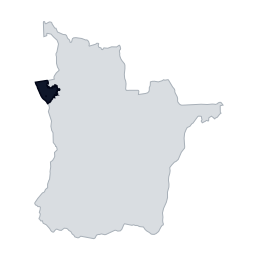 location of Moba, Katanga, Democratic Republic of the Congo, rotated 178°
{"feature_id": "63176286B25314267977171", "entity_name": "Moba", "entity_type": "district", "adm_level": 2, "iso_a3": "COD", "parent_name": "Democratic Republic of the Congo", "parent_adm1": "Katanga", "projection": "natural_earth1", "projection_center": [29.107, -7.404], "detail": "fine", "context": "in_parent", "style": "filled", "palette": "ink", "viewbox_px": 256, "rotation_deg": 178, "n_neighbors": 0, "source": "geoboundaries", "source_scale": "gbopen_adm2", "svg_char_len": 6890}
<svg xmlns="http://www.w3.org/2000/svg" viewBox="0 0 256 256"><g transform="rotate(178 128 128)"><path d="M218.5,176.0L199.9,179.4L200.3,180.6L200.1,181.9L199.6,182.9L197.7,185.6L194.9,188.0L194.9,188.6L196.3,191.3L197.2,195.1L197.0,201.7L197.4,203.5L197.3,204.9L196.4,206.4L194.5,214.4L195.8,218.2L199.4,221.8L201.6,224.5L205.2,225.4L205.8,225.3L206.0,223.1L208.9,222.2L208.9,236.4L208.7,237.2L208.2,237.4L207.5,236.9L207.2,235.5L206.5,235.0L203.0,236.7L202.1,236.7L201.1,236.4L200.4,235.6L200.2,234.6L197.7,230.4L196.5,230.2L195.1,226.4L189.5,223.7L187.4,223.5L186.3,222.7L185.2,219.7L183.3,217.9L182.9,215.8L182.5,215.5L181.4,215.9L180.4,219.2L179.2,220.0L176.9,220.1L171.2,219.1L167.1,217.4L166.0,217.5L164.4,216.0L163.7,213.4L164.1,211.5L163.8,211.2L157.6,212.8L156.1,213.8L154.7,213.6L154.3,213.1L154.9,211.7L154.5,210.2L154.1,209.6L152.2,209.0L151.7,207.5L150.5,207.2L150.2,207.5L149.9,208.5L149.2,208.9L145.5,208.4L141.6,209.7L136.5,209.4L134.0,211.0L133.7,211.0L133.1,210.1L132.6,207.5L132.9,206.7L133.6,206.2L133.9,205.1L133.6,202.3L133.8,201.7L133.6,200.1L132.8,197.5L131.7,195.5L129.3,192.3L128.9,190.9L129.0,187.4L129.8,181.8L129.6,177.7L128.7,175.0L128.4,172.2L129.0,167.0L128.4,165.7L116.6,165.3L116.1,164.9L115.9,164.2L116.4,161.1L109.3,161.9L107.1,162.5L105.8,163.8L105.4,165.3L105.3,167.6L104.3,169.7L104.0,173.3L102.0,173.8L100.0,173.8L96.1,173.0L92.4,174.0L90.6,175.0L89.6,174.5L86.3,174.9L85.9,174.6L82.0,167.5L80.2,165.1L79.9,163.9L80.0,162.8L79.6,161.3L77.8,157.6L77.4,155.9L77.5,153.2L77.3,152.3L75.7,150.0L74.6,149.3L73.4,148.9L54.1,149.2L47.8,148.7L43.1,149.0L40.8,148.8L40.1,148.5L38.0,149.0L36.9,150.0L35.2,150.5L34.2,150.3L32.2,147.6L34.9,147.1L35.1,146.9L35.2,140.5L34.5,139.6L36.0,138.5L38.3,135.7L40.6,134.7L40.9,134.1L41.4,134.2L42.2,135.3L44.2,136.9L46.6,135.5L46.9,135.1L47.2,132.4L47.8,132.2L48.9,132.8L49.4,132.8L50.5,132.0L53.6,130.6L54.6,132.4L53.7,133.9L54.1,135.1L54.2,136.8L54.7,137.2L57.2,137.4L57.9,137.0L62.8,130.7L64.1,130.0L66.1,127.5L68.8,126.4L70.0,124.4L71.6,120.9L72.3,115.8L72.0,107.1L72.2,105.9L75.5,102.0L78.9,94.8L81.2,92.9L82.9,92.2L85.6,89.5L87.7,86.9L87.4,83.8L87.9,81.1L89.0,77.8L89.4,74.3L89.0,70.5L89.2,67.5L90.8,62.6L90.9,57.1L92.3,52.4L95.2,46.5L96.5,42.0L96.2,37.7L96.6,34.5L96.5,32.6L96.0,30.9L96.2,29.9L97.3,29.5L98.6,27.8L101.0,23.5L103.6,21.5L105.4,20.8L107.3,20.9L108.5,21.2L110.4,22.9L112.7,24.3L114.4,25.9L116.0,28.5L120.0,29.1L121.7,30.1L122.8,30.4L123.2,30.2L124.0,30.3L125.9,31.1L127.4,30.6L134.8,32.4L135.6,31.5L137.7,27.0L139.2,25.5L141.8,25.3L143.7,26.2L144.8,26.2L153.9,22.3L155.0,22.2L158.3,23.1L160.5,22.5L161.4,22.7L163.2,22.0L164.7,19.3L166.0,18.6L179.0,21.5L181.0,20.1L182.0,20.0L184.9,21.0L185.8,22.7L187.5,24.1L188.7,26.4L190.7,27.7L191.7,29.0L192.8,29.8L195.2,30.1L198.2,28.0L200.3,28.3L202.5,29.4L203.2,29.4L204.8,28.1L205.7,26.8L206.5,26.5L207.7,27.1L208.8,28.3L209.7,30.1L213.0,34.1L216.1,35.8L216.9,38.3L218.0,38.1L218.6,38.3L219.4,39.9L220.0,40.2L220.1,40.8L219.3,42.3L218.6,45.1L219.6,46.8L218.7,49.3L218.3,51.9L219.4,52.6L220.7,52.5L221.9,53.9L222.8,54.1L223.8,55.5L223.6,56.7L220.5,60.9L215.8,66.1L214.2,66.7L213.4,67.7L212.8,69.2L211.5,70.5L210.4,71.0L210.3,74.7L208.8,78.6L208.2,79.4L207.3,85.7L207.5,86.8L206.6,91.9L206.7,96.7L204.5,98.2L202.9,100.6L202.2,102.2L202.3,106.1L199.7,108.5L199.5,109.0L200.1,111.8L201.1,112.2L201.1,113.1L203.2,116.1L203.1,125.2L203.2,126.1L204.3,128.2L205.0,132.4L204.2,137.6L207.0,147.2L205.8,150.7L206.4,154.1L208.1,157.6L212.1,161.1L213.1,162.5L214.1,164.5L215.1,167.4L218.5,176.0Z" fill="#d9dde1" stroke="#a8b0b8" stroke-width="1"/><path d="M197.5,163.6L197.8,163.8L198.0,163.8L198.2,164.0L198.3,163.9L198.6,164.0L198.6,164.5L198.5,164.4L198.4,164.4L198.4,164.5L198.2,164.6L197.9,164.5L197.7,164.5L197.7,164.4L197.4,164.4L197.3,164.6L197.5,164.7L197.7,165.0L197.8,165.2L198.1,165.3L198.3,165.5L198.3,166.0L198.2,166.2L198.1,166.3L197.9,166.3L197.8,166.2L197.7,166.3L197.4,166.4L197.4,166.5L197.4,166.8L197.4,167.1L197.5,167.2L197.6,167.5L197.7,168.0L197.4,168.1L197.0,168.1L196.9,168.2L196.6,168.1L196.3,168.2L196.1,168.3L195.9,168.3L195.8,168.2L195.7,168.2L195.6,168.3L195.4,168.1L195.1,168.2L194.9,168.9L194.9,169.0L195.2,169.2L195.4,169.4L195.5,169.6L195.8,169.5L196.0,169.4L196.4,169.3L196.5,169.5L196.9,169.7L197.0,169.7L197.0,169.8L197.1,170.0L197.3,170.1L197.2,170.3L197.2,170.5L197.2,170.8L197.3,171.1L197.4,171.3L197.4,171.5L197.5,171.7L197.8,171.8L197.8,172.1L197.5,172.3L197.5,172.5L197.8,172.5L198.0,172.6L198.2,172.8L198.4,172.7L198.5,172.9L198.6,173.4L198.7,173.5L198.8,173.5L199.2,173.5L199.4,173.4L199.5,173.2L199.5,172.9L199.6,173.0L199.6,172.9L199.7,172.7L199.8,172.5L199.8,172.4L199.8,172.2L200.0,171.9L200.0,171.7L200.3,171.9L200.4,172.0L200.6,172.2L200.7,172.3L201.1,172.2L201.2,172.3L201.2,172.5L201.3,172.5L201.6,172.3L201.7,172.2L201.8,172.2L202.0,172.2L202.1,171.9L202.1,171.7L201.9,171.5L201.9,171.4L202.0,171.3L202.1,171.2L201.9,171.0L201.9,170.9L202.0,170.9L202.3,170.8L202.4,170.7L202.6,170.9L202.7,171.1L203.0,171.2L203.6,170.6L204.1,170.6L204.3,170.8L204.5,170.9L205.1,170.6L205.3,170.6L205.4,170.8L205.3,171.0L205.4,171.3L205.5,171.3L205.5,171.2L205.6,171.3L205.5,171.5L205.8,171.5L205.8,172.0L205.9,172.3L206.0,172.3L206.1,172.2L206.3,172.0L206.3,171.9L206.5,171.8L206.6,171.6L206.7,171.8L206.8,171.8L206.8,172.0L207.2,172.7L207.2,173.0L207.3,173.0L207.5,172.9L207.6,173.0L207.6,173.3L207.6,173.5L207.6,173.8L207.6,174.0L207.5,174.3L207.4,174.7L207.4,174.8L207.2,174.9L206.9,175.0L206.7,175.1L206.8,175.7L206.8,175.8L206.6,175.9L206.4,175.8L206.4,175.7L206.2,175.5L206.2,175.9L206.2,176.4L206.2,176.5L206.3,176.7L206.3,177.0L206.5,177.2L206.5,177.6L206.6,177.8L206.9,178.0L207.1,178.1L207.2,178.3L218.9,176.9L218.7,175.9L218.4,175.0L217.9,173.9L217.4,173.2L217.1,171.8L216.8,170.8L216.1,169.1L215.2,166.9L215.0,166.3L214.7,165.5L214.3,164.7L214.1,164.2L213.9,163.6L213.8,163.3L212.6,161.2L212.3,160.8L211.9,160.3L210.8,159.3L210.0,158.7L209.2,157.9L208.9,157.5L208.4,156.9L208.1,156.3L207.5,155.2L207.1,155.4L207.0,155.6L206.4,155.9L206.1,156.2L205.8,156.3L205.8,156.5L205.7,156.5L205.3,156.6L205.2,156.5L205.0,156.8L204.9,156.9L204.8,157.0L204.7,157.0L204.6,157.4L204.4,157.4L204.4,157.5L204.2,157.7L204.2,157.8L204.2,158.0L204.0,158.3L203.9,158.6L203.5,158.7L203.3,159.0L203.2,159.0L202.9,159.3L202.8,159.5L202.5,159.8L202.4,160.0L202.1,160.8L201.9,161.2L201.7,161.5L201.5,161.4L201.4,161.3L201.1,161.2L200.9,161.2L200.5,161.1L200.3,161.0L200.3,161.3L200.4,161.6L200.5,161.8L200.7,162.0L200.5,162.3L200.5,162.2L200.5,162.3L200.4,162.3L200.3,162.7L200.3,162.8L200.2,163.0L200.3,163.3L200.3,163.5L199.9,163.3L199.4,163.2L199.3,163.3L199.2,163.4L198.9,163.3L198.7,163.3L198.5,163.2L198.4,163.2L198.2,163.3L197.9,163.4L197.9,163.5L197.7,163.6L197.5,163.6ZM209.0,162.7L208.9,162.8L208.7,162.8L208.6,162.7L208.7,162.4L208.8,162.4L208.9,162.5L209.0,162.6L209.0,162.7Z" fill="#0f172a" stroke="#020617" stroke-width="1.5"/></g></svg>